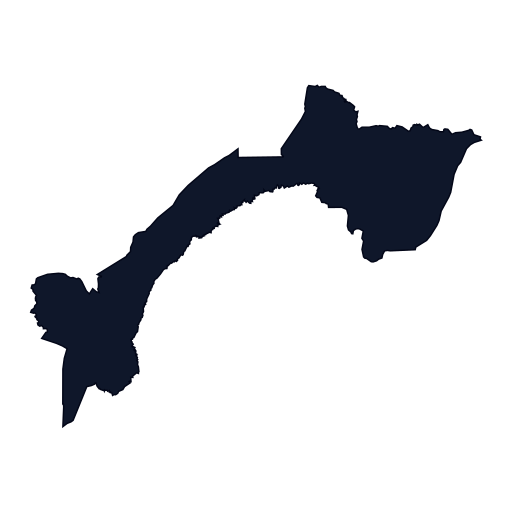 Kilombero, Morogoro, United Republic of Tanzania (Mercator projection)
{"feature_id": "72390352B25590445201102", "entity_name": "Kilombero", "entity_type": "district", "adm_level": 2, "iso_a3": "TZA", "parent_name": "United Republic of Tanzania", "parent_adm1": "Morogoro", "projection": "mercator", "projection_center": [36.337, -8.562], "detail": "fine", "context": "isolated", "style": "filled", "palette": "ink", "viewbox_px": 512, "rotation_deg": 0, "n_neighbors": 0, "source": "geoboundaries", "source_scale": "gbopen_adm2", "svg_char_len": 6031}
<svg xmlns="http://www.w3.org/2000/svg" viewBox="0 0 512 512"><path d="M150.5,226.2L147.0,229.2L145.8,231.4L138.4,232.6L135.3,234.7L133.5,236.9L133.0,242.1L130.7,247.3L130.5,251.6L126.9,255.2L126.4,256.5L97.3,274.5L101.4,276.3L101.1,277.1L98.7,277.1L97.9,278.7L98.5,283.9L98.4,287.6L97.8,289.0L99.1,292.6L96.3,291.8L92.7,288.7L89.3,293.9L86.3,290.9L81.8,281.6L79.8,278.9L78.2,278.2L76.8,279.0L73.0,277.5L70.6,277.9L67.3,276.2L65.3,274.3L62.7,273.6L58.3,273.3L47.5,274.3L37.8,277.7L36.4,278.9L35.5,283.9L33.8,284.9L32.1,285.0L31.2,288.1L33.0,289.4L33.0,291.1L36.5,295.4L35.6,297.0L35.4,298.9L36.0,299.0L35.6,300.6L36.7,301.5L36.9,303.8L34.9,305.7L34.1,308.3L31.5,310.1L30.7,312.3L33.6,313.2L34.7,312.8L36.4,314.6L36.4,315.7L35.3,316.0L35.0,316.7L37.0,318.6L36.9,319.6L38.6,320.9L38.7,322.6L37.5,323.0L38.0,325.0L39.8,326.2L41.4,325.4L43.4,327.3L43.4,328.7L46.6,328.6L47.3,329.8L47.4,332.1L45.9,332.4L41.7,338.4L56.4,343.3L62.4,345.9L67.1,348.7L64.3,358.3L62.9,369.0L62.8,404.0L63.4,404.0L63.7,406.8L62.9,426.6L67.1,423.4L71.1,421.8L73.1,420.3L86.8,386.6L91.2,385.6L94.5,384.2L95.1,383.0L95.9,382.9L97.2,386.3L99.3,388.9L99.9,388.6L100.7,389.5L103.5,390.5L104.3,389.9L104.5,391.0L104.9,390.2L107.3,390.4L107.7,391.2L109.3,390.6L109.3,392.0L110.4,391.9L110.3,392.6L111.9,393.0L112.6,395.4L114.0,394.6L115.6,394.7L117.7,393.3L118.6,391.4L122.8,389.6L124.6,386.6L130.1,382.9L129.0,381.6L129.4,381.2L131.0,381.6L130.7,377.3L132.8,377.4L132.5,376.2L136.6,372.8L138.4,373.4L138.4,372.2L138.9,371.7L138.4,366.9L137.5,364.5L137.9,361.9L136.8,360.6L137.7,359.7L137.0,358.7L137.4,357.4L136.2,356.1L136.9,355.0L135.9,355.0L136.3,354.0L135.7,354.0L135.4,352.4L135.9,351.9L134.7,350.8L135.3,350.5L134.3,350.0L135.0,349.6L134.3,348.8L134.9,347.5L133.0,346.6L132.4,347.0L131.7,346.2L133.2,344.2L132.0,342.8L132.0,341.9L131.4,341.7L131.1,339.3L132.4,339.2L132.3,338.4L133.9,337.4L136.0,333.0L137.5,331.6L138.2,326.7L137.6,325.0L138.9,323.9L138.7,323.1L140.9,319.8L140.9,318.2L142.2,317.4L142.9,315.2L142.3,314.0L143.5,311.6L143.2,307.0L144.1,306.9L144.4,304.5L145.0,304.8L145.7,304.2L144.9,302.9L146.6,301.6L146.7,298.9L149.2,293.6L149.1,291.5L150.8,290.3L150.9,288.3L151.7,287.8L152.6,285.0L153.9,283.3L153.8,281.5L155.2,279.2L156.9,278.2L160.5,273.9L163.3,269.8L164.8,268.7L166.9,268.5L167.3,265.6L168.1,265.7L170.8,262.9L171.5,263.2L174.1,261.2L174.5,261.7L175.5,260.8L176.5,261.4L177.6,260.1L177.3,259.4L177.9,258.4L178.9,258.0L180.8,254.8L182.5,255.2L183.1,254.7L183.8,251.4L184.8,250.9L186.9,246.4L187.9,246.5L188.4,245.8L188.0,245.0L189.9,243.9L189.6,242.4L190.3,240.5L191.3,239.9L191.4,237.6L192.9,236.2L195.4,236.1L195.8,235.4L196.6,235.8L196.6,236.7L197.3,236.3L198.1,237.0L198.8,236.4L200.0,237.1L199.4,238.0L201.7,237.7L202.3,236.5L203.9,235.9L203.3,235.5L204.0,234.7L205.7,234.6L206.5,233.4L207.5,233.4L209.0,232.3L211.1,232.7L211.1,231.1L212.0,229.5L212.6,229.5L212.8,228.1L213.5,228.1L213.3,228.7L214.2,228.4L214.0,227.5L215.5,226.2L217.6,226.4L217.4,225.9L218.4,224.8L219.6,224.3L217.9,223.7L218.9,223.2L217.9,222.7L218.8,222.1L218.2,219.5L218.7,218.9L217.9,218.3L219.8,218.0L220.1,216.1L221.4,216.8L221.2,215.6L223.0,215.4L222.4,214.0L225.1,214.1L225.6,213.3L229.1,212.2L229.5,210.4L230.6,211.2L233.1,209.6L234.1,209.7L234.8,208.6L234.4,207.7L235.9,208.3L236.9,207.5L237.2,205.9L240.1,205.6L240.5,204.8L241.8,204.8L241.7,202.7L240.7,202.1L242.8,202.3L242.8,201.3L244.2,200.0L244.0,201.0L245.3,201.1L246.1,202.3L247.4,201.0L249.5,203.1L250.8,203.3L250.8,201.3L252.4,201.5L252.0,200.5L252.7,199.7L252.8,197.9L253.5,197.8L254.1,199.1L254.9,198.8L254.4,195.3L256.7,195.8L258.9,194.6L259.3,192.7L263.1,192.8L264.4,191.5L264.1,190.1L265.2,191.3L268.9,190.5L269.9,191.6L272.6,191.9L273.0,190.9L272.8,189.3L274.3,189.0L275.0,187.7L276.2,188.0L277.4,184.9L278.7,186.0L278.6,188.1L279.2,188.4L280.9,187.3L281.4,185.1L283.5,186.1L284.3,188.0L287.4,186.0L288.9,187.2L291.5,186.0L293.3,186.1L297.0,183.3L297.6,183.7L297.8,185.1L298.6,185.4L299.3,184.6L299.4,182.8L301.8,184.3L303.4,182.9L305.7,184.2L307.3,183.2L308.7,183.7L311.6,183.0L314.2,183.5L314.8,184.6L314.3,185.3L315.9,185.2L316.0,186.0L318.7,187.3L318.4,187.9L319.0,188.6L317.8,189.0L317.9,189.7L317.1,190.3L317.5,191.7L315.7,195.8L317.0,197.4L319.9,197.9L321.8,202.3L325.4,202.7L326.1,203.5L328.2,204.1L328.6,207.4L341.8,207.3L346.7,209.4L348.4,215.4L347.4,226.0L348.5,229.9L350.8,231.9L351.6,233.6L352.8,233.8L353.4,230.6L355.7,229.0L358.0,228.6L359.7,229.0L363.3,231.0L361.9,238.3L363.6,241.0L362.0,249.4L363.6,256.9L364.7,258.1L366.7,258.5L371.2,261.7L373.1,261.9L376.6,260.8L378.6,259.2L381.9,258.0L382.7,254.4L384.6,250.9L387.4,250.4L390.2,250.8L415.2,249.7L415.8,247.1L426.6,240.4L430.4,235.7L436.9,225.4L439.0,220.6L441.2,211.0L448.7,197.2L450.7,192.3L454.1,174.3L457.7,165.7L460.6,162.4L466.5,148.7L470.5,144.6L474.3,142.4L481.3,140.2L480.0,139.2L480.5,136.9L473.9,134.7L471.7,130.0L470.0,129.4L468.8,130.3L461.9,132.2L455.6,132.7L451.9,134.3L447.8,129.3L444.9,128.9L443.9,129.5L443.5,131.8L439.8,131.7L437.9,130.6L431.8,129.5L429.5,128.0L427.8,124.7L423.7,127.2L422.7,127.2L419.5,124.2L417.8,124.9L417.0,124.4L417.0,125.1L414.4,124.6L413.1,125.2L413.0,126.6L411.1,128.0L410.2,130.7L408.5,131.3L402.1,126.9L396.9,125.6L395.1,128.2L392.5,127.6L391.2,129.0L389.5,128.6L387.3,126.3L379.5,125.6L378.3,126.2L376.1,125.7L369.3,127.2L362.0,127.2L359.1,129.2L358.2,129.0L357.2,127.5L356.1,123.6L357.0,121.6L356.4,119.5L357.4,116.5L357.0,114.9L357.9,111.3L355.7,111.9L353.6,110.1L354.6,106.8L353.4,105.5L349.5,102.5L349.1,102.8L346.8,101.6L345.0,102.2L344.4,101.3L346.0,100.3L345.8,99.4L343.9,99.3L344.0,98.5L342.0,97.2L342.4,96.3L341.9,95.5L340.0,95.4L338.9,93.3L334.5,91.9L333.1,90.4L327.5,89.0L325.8,87.7L325.2,86.4L321.4,86.4L318.9,87.2L317.3,85.4L315.2,86.5L308.8,85.6L307.4,87.8L304.8,104.1L305.4,106.8L304.8,108.1L305.4,111.5L301.5,119.1L281.3,148.7L281.4,154.4L283.3,156.4L283.1,156.9L238.1,157.5L238.0,148.8L229.1,155.5L224.5,157.8L214.7,164.6L208.6,167.9L188.2,185.4L179.3,194.8L173.1,205.4L157.8,217.9L150.5,226.2Z" fill="#0f172a" stroke="#020617" stroke-width="1.5"/></svg>